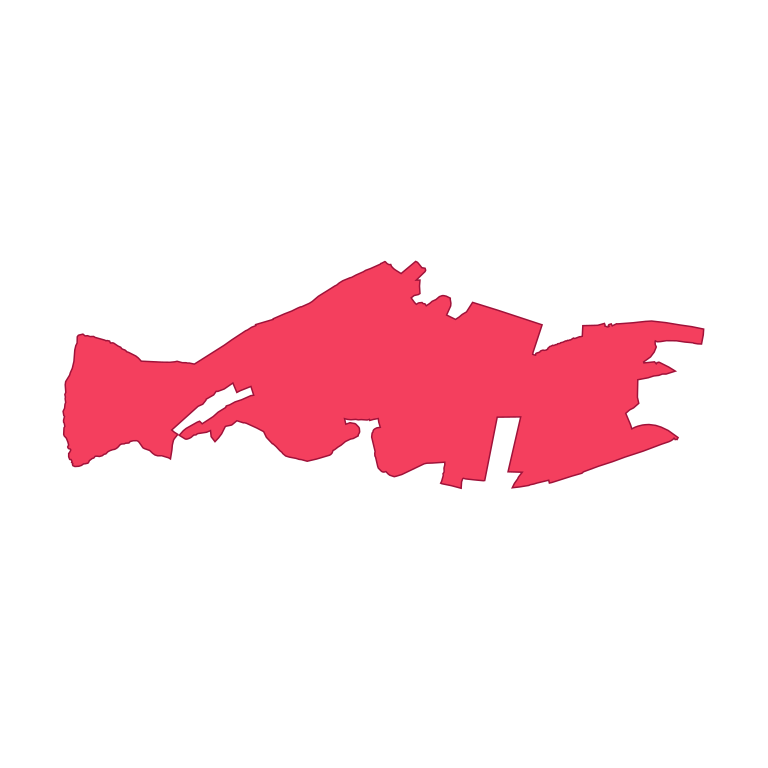 the district of Dumesti, Iasi, Romania, rotated 82°
{"feature_id": "2599482B70214300511260", "entity_name": "Dumesti", "entity_type": "district", "adm_level": 2, "iso_a3": "ROU", "parent_name": "Romania", "parent_adm1": "Iasi", "projection": "orthographic", "projection_center": [27.344, 47.173], "detail": "fine", "context": "isolated", "style": "filled", "palette": "rose", "viewbox_px": 768, "rotation_deg": 82, "n_neighbors": 0, "source": "geoboundaries", "source_scale": "gbopen_adm2", "svg_char_len": 6156}
<svg xmlns="http://www.w3.org/2000/svg" viewBox="0 0 768 768"><g transform="rotate(82 384 384)"><path d="M414.4,509.8L420.4,507.9L427.7,502.8L427.7,502.3L431.0,499.5L435.5,496.4L437.7,494.4L438.6,494.1L441.6,491.4L443.2,488.0L445.4,481.5L446.8,478.6L447.4,476.3L449.8,470.8L448.9,461.0L446.9,447.7L446.3,446.4L445.1,445.0L442.7,443.7L442.2,442.1L440.1,438.4L438.6,435.0L435.6,430.2L433.9,424.9L433.7,422.0L431.8,416.8L430.6,416.5L428.8,415.1L427.6,414.7L424.3,414.6L423.1,415.1L419.9,417.4L419.1,418.4L417.6,423.1L418.5,427.4L412.8,427.9L414.0,425.0L414.8,421.7L415.1,416.9L415.9,414.5L416.1,411.5L417.3,405.7L417.0,403.4L418.1,403.2L417.6,399.3L417.4,394.5L421.0,394.5L426.4,393.7L426.4,397.1L427.0,399.0L427.7,400.3L428.5,401.1L429.9,401.6L431.0,402.6L434.8,403.6L449.6,402.2L451.3,402.8L454.0,403.0L455.4,402.5L464.8,401.7L466.6,401.3L470.2,398.6L471.0,397.3L471.2,396.2L471.0,394.3L473.7,392.4L475.1,391.0L477.2,386.8L477.0,384.5L476.1,378.9L468.6,355.3L468.4,352.5L469.0,347.0L469.9,334.7L472.4,335.0L475.6,336.3L478.9,336.6L480.1,337.1L480.9,338.0L483.0,338.1L488.6,340.6L490.1,341.7L490.8,340.6L494.1,331.3L498.0,322.1L491.7,320.8L488.8,319.3L488.4,318.6L489.3,316.5L491.5,307.9L493.6,299.1L493.6,297.7L432.6,276.5L435.6,253.2L488.2,273.4L490.6,259.4L493.9,262.8L495.3,264.1L496.4,264.7L500.6,268.7L504.6,271.4L504.8,263.7L504.6,254.7L504.1,253.1L503.9,249.5L503.4,246.5L502.2,234.3L505.1,234.0L504.9,231.5L501.3,210.4L499.9,200.4L498.7,198.6L495.3,183.1L492.7,168.4L489.9,155.5L486.6,137.0L482.2,117.4L480.8,109.9L480.0,107.4L479.1,105.6L478.0,104.3L479.6,103.4L479.4,102.5L479.8,101.5L478.0,100.2L469.6,109.0L465.3,115.5L462.8,120.7L461.0,127.2L460.7,130.7L460.6,133.7L461.1,138.4L461.7,141.3L462.9,144.8L458.4,145.6L446.7,148.7L443.8,144.3L442.4,140.2L438.6,134.4L432.4,134.9L415.1,132.1L414.6,121.5L413.6,115.8L413.7,110.6L412.9,106.9L413.4,103.2L411.8,93.7L406.9,99.6L400.8,108.4L400.6,109.4L401.0,109.9L400.8,110.6L401.9,111.6L399.7,113.0L399.3,123.7L398.3,123.9L394.3,116.3L390.0,112.0L385.2,109.2L382.7,109.9L380.0,109.7L379.1,109.3L380.2,107.7L380.5,104.2L380.4,98.3L381.9,88.4L384.3,80.3L386.2,72.3L386.8,71.3L387.9,67.8L388.6,64.0L379.8,61.0L374.1,59.8L370.0,71.4L366.8,82.5L362.5,96.2L358.9,110.2L358.4,116.2L358.0,129.1L357.0,144.2L356.7,145.3L358.2,149.9L356.1,150.6L356.5,153.0L357.2,153.7L358.3,153.2L358.5,153.5L358.6,154.4L358.5,155.0L357.3,157.2L356.4,156.9L354.7,157.3L355.6,164.2L353.9,179.0L364.3,181.0L364.5,182.5L364.4,183.8L365.5,188.6L365.3,189.4L364.9,189.7L365.3,191.2L365.8,191.8L366.4,193.5L366.2,194.1L366.6,195.3L366.3,196.3L366.8,197.2L366.6,198.3L367.5,200.9L367.7,203.3L368.3,204.1L368.3,206.4L369.0,207.2L368.9,208.3L369.5,210.6L369.1,211.5L369.8,213.4L369.9,214.5L371.5,216.8L372.4,217.1L372.6,218.0L373.0,218.7L373.0,220.9L372.7,221.3L372.6,222.4L372.9,223.6L373.1,224.4L374.1,225.5L374.7,228.9L375.0,229.4L376.5,229.9L376.2,230.9L375.3,232.6L373.6,232.1L347.4,219.2L326.9,260.8L315.5,284.9L324.1,292.3L326.0,296.9L328.1,300.2L330.0,304.2L324.4,312.4L316.0,307.1L313.3,306.5L309.5,306.6L308.2,306.4L305.7,310.1L304.8,312.5L304.6,314.1L305.2,317.0L307.6,320.8L308.8,324.8L310.6,327.5L312.4,331.3L310.3,332.3L309.8,334.1L308.6,335.0L308.5,337.9L308.6,338.8L309.6,340.9L307.4,342.5L302.5,345.1L300.6,341.9L300.2,337.5L299.4,335.8L291.9,335.2L286.1,333.9L285.6,337.6L278.4,327.7L277.1,326.9L275.1,327.2L274.1,330.3L268.9,333.4L268.0,334.1L267.0,335.6L277.0,351.7L272.8,356.7L271.1,358.4L268.6,360.2L266.6,360.7L266.5,362.4L266.3,362.7L265.3,364.1L263.2,365.6L262.9,366.1L264.1,369.6L264.2,370.4L264.8,370.9L267.8,381.3L268.9,386.4L270.0,388.9L272.2,396.6L273.9,401.2L274.1,403.0L276.0,410.4L277.7,414.3L279.5,417.2L280.0,418.9L288.0,436.8L292.3,443.6L293.7,446.7L296.1,455.0L296.0,455.9L296.8,458.9L298.9,465.2L300.7,472.9L304.0,484.7L304.6,484.7L307.3,502.9L308.3,502.7L309.4,507.3L311.5,511.7L312.0,513.6L319.1,528.6L323.4,536.9L337.9,569.0L336.1,574.0L336.0,575.5L335.4,576.9L334.8,580.8L332.7,585.7L332.9,588.1L332.7,592.9L331.5,600.7L327.6,621.2L324.0,623.7L321.8,625.8L317.2,632.4L316.2,634.4L315.5,634.7L314.3,635.8L313.1,638.1L312.4,638.9L311.0,639.6L309.3,642.2L306.1,645.7L305.5,646.8L305.3,649.2L303.3,649.8L302.4,652.2L302.5,653.3L301.7,654.4L297.6,663.7L296.5,664.9L296.1,668.5L294.9,670.8L294.8,673.3L292.7,675.2L293.1,679.4L293.3,680.0L294.6,681.2L300.7,682.2L303.2,683.9L307.4,685.5L318.4,687.9L325.1,690.5L329.1,693.0L331.5,694.1L337.3,698.9L340.4,699.8L348.0,700.3L350.0,701.5L352.6,701.3L354.2,701.8L358.0,701.8L359.6,702.7L363.6,703.7L366.4,705.6L370.5,705.5L371.7,704.9L375.3,706.4L377.3,706.6L378.3,706.1L381.6,706.0L382.9,707.0L389.3,708.2L390.9,707.9L393.5,706.1L397.6,705.1L400.5,704.8L402.3,706.0L403.3,705.8L404.1,705.3L404.9,703.6L405.3,703.4L406.3,703.6L408.5,705.3L408.8,705.9L412.2,706.4L414.8,705.8L415.2,705.3L415.2,704.5L415.9,704.1L417.3,703.8L418.2,704.3L419.3,703.3L420.5,703.7L421.6,703.4L422.7,701.6L423.0,697.6L422.5,694.9L421.3,692.6L421.4,691.1L421.2,688.3L420.7,687.6L418.9,686.4L417.2,683.4L416.9,681.7L415.4,680.1L415.5,678.3L416.2,675.9L415.8,673.0L414.6,670.9L414.5,669.2L412.7,666.9L411.9,664.8L411.3,661.9L411.2,659.9L410.9,658.8L409.9,656.7L407.3,653.6L406.9,652.1L407.1,649.5L406.7,648.2L406.9,644.8L405.6,643.3L405.3,640.2L405.7,636.8L406.3,635.7L407.5,634.7L413.6,631.6L414.6,630.3L417.2,625.3L420.4,622.8L422.4,620.7L423.6,618.1L424.1,614.1L427.1,607.6L428.5,605.9L419.8,603.2L415.0,602.1L410.4,600.3L409.1,599.3L405.2,595.2L402.6,598.3L400.0,600.6L380.2,571.2L378.8,566.3L375.3,562.6L374.3,562.2L371.1,554.2L367.9,551.2L368.2,549.6L366.7,542.9L362.0,533.5L371.9,530.9L370.6,527.2L367.9,516.1L377.0,514.6L377.0,517.5L379.8,527.3L381.0,534.0L383.2,539.8L383.7,542.8L384.0,543.5L385.2,544.0L388.8,552.2L392.5,557.7L398.0,569.4L398.1,569.6L395.2,571.8L395.8,574.3L400.4,586.0L402.3,589.2L406.3,593.9L410.7,588.6L411.1,587.7L411.1,586.3L410.6,584.0L410.0,582.4L408.1,579.5L408.2,577.2L407.4,575.9L407.2,575.2L407.1,566.4L406.0,562.3L412.1,562.5L417.6,559.4L414.4,555.4L410.7,551.7L404.2,547.2L403.8,546.4L403.5,541.1L403.2,540.1L399.9,534.8L402.9,528.6L402.8,528.0L403.7,525.8L409.8,516.2L414.4,509.8Z" fill="#f43f5e" stroke="#9f1239" stroke-width="1.5"/></g></svg>